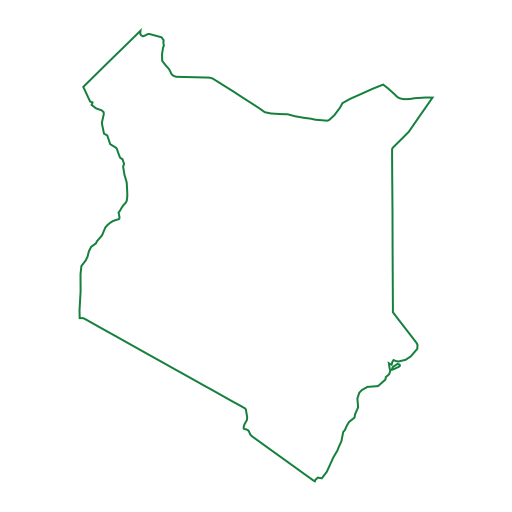 the border of Kenya
{"feature_id": "KEN", "entity_name": "Kenya", "entity_type": "country or territory", "adm_level": 0, "iso_a3": "KEN", "parent_name": "Africa", "parent_adm1": "", "projection": "orthographic", "projection_center": [37.674, 0.4], "detail": "fine", "context": "isolated", "style": "outline", "palette": "green", "viewbox_px": 512, "rotation_deg": 0, "n_neighbors": 0, "source": "natural_earth", "source_scale": "50m", "svg_char_len": 2757}
<svg xmlns="http://www.w3.org/2000/svg" viewBox="0 0 512 512"><path d="M79.7,318.1L79.5,310.5L80.6,291.3L80.5,274.4L81.4,266.0L85.6,260.6L87.5,256.8L88.9,251.3L91.1,246.9L96.0,243.3L96.9,241.3L102.1,235.3L105.3,227.5L107.6,224.9L110.6,222.5L112.7,221.2L116.1,219.9L118.8,219.2L119.3,218.6L119.5,217.3L118.6,212.5L119.8,211.0L121.6,207.8L123.7,204.8L125.6,202.9L126.7,200.9L127.2,197.5L127.3,195.1L127.2,191.2L126.7,182.4L124.5,174.9L123.1,166.6L124.1,163.9L122.4,159.0L121.5,158.7L120.1,157.7L118.3,153.1L116.9,148.9L116.1,147.8L110.2,144.2L107.3,135.5L104.0,133.6L102.2,125.0L101.9,122.6L103.8,114.0L103.6,112.1L101.6,110.3L96.1,108.4L91.6,104.9L92.2,103.6L92.5,102.4L90.1,101.5L83.3,86.9L92.2,78.1L101.2,69.2L112.7,57.9L123.3,47.6L132.4,38.7L140.5,30.7L140.3,32.2L140.4,34.3L141.4,35.5L143.0,36.3L145.4,35.4L147.4,34.2L149.4,34.0L161.5,37.3L163.6,40.2L163.4,43.3L163.9,45.5L163.0,47.8L162.0,54.6L162.2,60.9L165.9,65.6L169.1,69.2L171.7,74.4L173.6,75.9L176.3,76.8L184.7,77.0L197.1,77.3L209.0,77.6L210.1,77.8L212.6,78.5L223.6,85.4L233.7,91.7L242.2,97.3L250.5,102.6L258.6,107.8L264.8,112.2L271.0,113.5L281.0,114.1L287.9,114.3L294.3,116.1L303.8,117.8L310.9,118.7L315.2,119.7L327.1,120.7L329.0,120.1L334.3,115.3L340.1,107.5L342.4,103.2L350.0,98.9L363.3,93.0L372.6,88.8L383.1,84.6L387.8,88.2L394.4,94.1L397.3,97.0L399.7,98.3L403.2,99.1L407.6,99.1L409.9,99.0L414.7,98.2L426.0,97.5L432.5,97.6L427.1,105.4L420.6,114.7L408.7,131.9L399.6,141.0L392.7,147.8L392.1,149.1L392.1,156.7L392.2,175.3L392.5,212.7L392.6,250.0L392.8,287.3L392.9,306.0L392.9,312.2L398.9,320.1L404.8,327.7L412.7,337.9L416.8,343.3L417.5,345.1L417.3,348.8L410.8,356.4L405.6,359.8L398.5,361.5L396.3,361.2L393.5,360.1L392.4,361.9L391.6,364.7L390.1,364.1L388.9,363.3L389.6,368.3L390.3,370.8L389.2,374.2L385.8,377.1L385.4,379.6L378.0,386.1L367.4,386.9L361.8,390.1L359.3,392.7L357.4,398.5L358.1,407.4L355.1,414.2L354.5,417.6L349.0,422.0L346.6,426.1L344.8,430.2L343.2,432.0L341.4,441.3L338.8,446.9L338.1,448.7L337.5,450.4L335.5,453.7L334.2,456.0L333.3,457.5L326.8,471.8L321.8,478.3L317.8,477.6L315.2,480.1L314.9,481.3L313.5,480.6L310.2,478.2L303.5,473.4L296.7,468.5L289.9,463.6L283.1,458.7L276.4,453.9L269.6,449.0L262.8,444.1L256.0,439.2L252.0,436.3L250.3,434.6L248.9,431.3L248.2,430.4L246.4,429.4L244.3,429.1L243.7,428.5L243.7,426.9L244.4,424.5L246.9,420.0L247.2,417.4L246.7,414.4L245.9,409.6L245.2,408.5L240.8,406.0L231.3,400.8L221.9,395.5L212.5,390.2L203.0,385.0L193.6,379.7L184.1,374.4L174.7,369.2L165.3,363.9L155.8,358.6L146.4,353.4L137.0,348.1L127.5,342.8L118.1,337.5L108.7,332.3L99.2,327.0L89.8,321.7L86.3,319.7L83.1,318.1L79.7,318.1ZM393.5,369.3L391.8,369.7L392.7,367.1L397.5,363.9L399.5,364.6L399.9,365.3L399.8,366.0L399.0,366.7L393.5,369.3Z" fill="none" stroke="#15803d" stroke-width="2"/></svg>